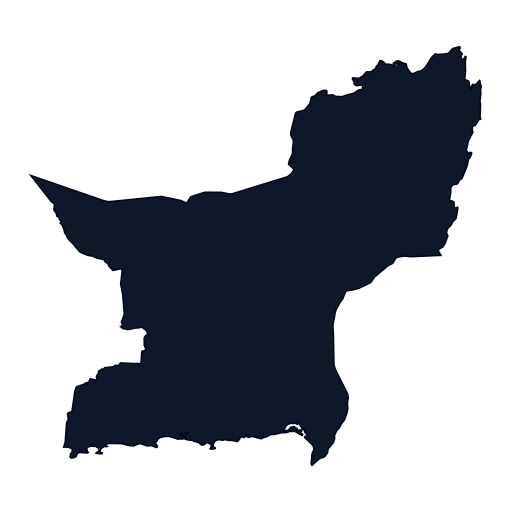 outline of Baluchistan
{"feature_id": "PAK-1108", "entity_name": "Baluchistan", "entity_type": "Province", "adm_level": 1, "iso_a3": "PAK", "parent_name": "Pakistan", "parent_adm1": "", "projection": "natural_earth1", "projection_center": [66.028, 28.477], "detail": "fine", "context": "isolated", "style": "filled", "palette": "ink", "viewbox_px": 512, "rotation_deg": 0, "n_neighbors": 0, "source": "natural_earth", "source_scale": "10m", "svg_char_len": 5955}
<svg xmlns="http://www.w3.org/2000/svg" viewBox="0 0 512 512"><path d="M420.0,71.3L423.0,69.5L425.8,66.5L431.7,57.3L435.3,53.8L437.6,54.5L446.5,53.8L448.9,52.8L452.5,48.6L458.7,46.8L460.0,47.0L460.1,48.1L459.4,50.0L459.4,50.8L462.3,53.6L461.0,56.7L461.2,57.9L462.1,59.0L463.0,59.2L464.0,58.5L465.2,56.4L466.0,56.5L465.3,62.2L465.6,70.2L464.8,78.7L465.5,79.8L468.4,80.8L469.1,82.2L470.2,89.5L471.0,89.9L471.1,87.6L472.5,84.4L473.7,85.0L474.5,84.4L476.0,84.4L479.4,80.4L480.0,81.0L480.3,83.9L481.3,86.2L480.6,90.0L480.8,93.9L480.0,101.2L480.6,104.5L480.1,116.1L480.7,119.1L479.0,119.8L475.1,125.5L473.2,125.9L472.5,127.2L472.2,130.1L472.9,131.6L472.8,132.5L468.5,140.6L466.3,150.2L466.4,150.9L467.5,151.7L467.8,154.1L469.9,152.3L471.5,152.6L471.7,153.7L470.2,157.3L468.4,159.5L467.3,165.4L462.6,177.2L461.7,178.7L459.6,180.2L457.9,183.2L456.9,184.1L453.9,184.6L452.2,185.4L450.8,187.7L450.8,192.1L449.5,200.0L450.0,200.7L452.3,201.0L453.8,201.9L454.1,202.6L454.1,206.6L455.5,208.5L457.0,207.3L457.7,207.3L457.8,209.1L456.2,217.9L455.7,219.0L453.1,221.4L450.8,225.5L447.6,228.7L447.1,229.8L446.5,233.4L447.9,235.7L445.1,243.4L442.7,247.1L439.1,249.1L438.4,250.1L438.5,251.2L441.0,255.4L411.7,256.7L403.4,256.1L396.8,257.4L395.4,258.8L392.7,263.4L388.0,265.7L374.4,277.2L370.8,282.5L359.2,288.2L353.0,289.9L347.5,290.7L345.6,291.8L342.8,298.8L339.4,303.5L336.2,309.6L335.3,312.3L332.9,325.4L333.4,333.1L333.9,362.4L334.2,365.3L335.2,369.1L347.7,394.0L348.3,397.7L347.5,402.9L347.8,408.6L347.1,412.4L344.7,419.6L340.7,425.0L339.4,427.9L337.3,429.7L334.5,435.3L334.7,438.5L333.3,442.7L328.2,448.9L327.6,452.5L325.0,456.4L323.0,457.5L319.9,458.3L312.2,465.2L312.2,464.8L311.1,464.1L312.0,453.9L313.8,449.6L313.8,448.3L312.9,445.4L304.6,437.5L304.9,436.4L306.1,436.7L306.7,435.6L306.5,434.0L304.7,432.2L303.8,428.6L302.9,429.2L302.5,428.4L301.9,428.7L301.2,426.8L299.2,424.0L296.8,424.3L296.1,423.6L296.2,422.4L294.4,423.4L292.7,423.6L290.5,423.2L289.6,423.9L287.9,424.3L286.1,425.8L284.7,428.9L283.3,430.0L282.6,431.2L288.3,430.2L289.7,428.6L290.6,428.3L290.5,427.2L294.3,426.6L295.1,427.6L296.9,428.4L298.5,430.8L300.1,429.9L301.1,430.1L301.9,430.8L300.2,432.4L302.2,433.8L302.8,434.7L302.2,435.6L295.4,431.7L293.1,431.2L291.5,431.6L290.2,431.3L285.7,432.8L281.3,432.8L274.3,434.5L271.1,434.5L266.6,436.8L264.6,437.2L261.1,438.8L252.1,436.4L248.9,437.5L248.0,437.2L248.6,436.0L245.8,436.4L243.6,437.6L242.0,436.7L240.7,437.2L238.5,440.7L237.0,441.6L232.3,440.5L228.5,440.4L225.6,439.8L224.1,439.7L222.7,440.4L220.1,439.7L217.0,440.0L214.6,441.5L213.3,444.0L213.0,445.5L213.3,446.8L215.3,447.7L215.3,448.4L212.6,449.2L210.0,448.8L211.3,446.5L211.3,445.5L210.5,444.2L208.3,443.1L206.0,442.8L204.7,444.5L202.2,445.2L201.1,444.8L198.4,442.4L193.8,441.4L192.7,440.4L189.8,440.3L185.4,439.3L186.1,436.4L184.9,435.3L184.9,434.0L186.0,433.6L187.7,433.9L188.2,433.7L188.4,432.8L187.1,432.4L183.6,433.1L183.1,432.6L179.7,434.8L180.7,434.4L181.4,435.7L182.6,434.6L183.2,434.6L184.7,437.6L183.8,438.8L180.2,439.1L179.4,438.8L178.1,439.3L171.4,437.0L168.1,436.4L164.8,436.5L160.1,437.6L158.4,438.8L156.3,441.9L155.8,442.3L155.1,442.0L155.7,443.7L157.4,446.0L157.1,447.2L156.5,447.6L152.2,445.9L150.6,445.6L147.2,446.0L140.9,443.8L139.3,443.6L133.6,446.0L129.4,445.6L121.1,443.6L109.3,443.5L106.9,443.8L106.3,445.0L106.4,445.8L107.4,446.4L106.5,446.8L105.2,446.4L103.8,446.8L101.4,448.4L100.3,449.8L100.1,451.6L100.7,452.3L102.4,452.9L102.1,453.8L97.7,453.6L96.0,453.1L97.7,451.6L98.9,451.3L99.1,450.6L98.1,448.1L96.0,446.5L90.7,446.1L87.5,447.4L86.5,449.4L87.2,450.1L87.4,451.4L88.3,452.6L87.3,453.0L80.2,452.5L77.8,452.9L76.1,456.7L73.4,457.8L71.6,458.1L70.4,457.6L70.0,456.7L70.7,454.8L70.4,454.0L71.9,452.1L72.3,450.4L73.1,448.8L73.1,447.9L72.3,448.0L71.5,448.8L68.8,447.2L63.6,447.1L65.2,442.2L66.5,423.1L67.0,421.7L68.0,420.5L68.2,418.5L67.4,414.0L68.5,412.5L71.3,412.0L72.0,411.0L74.9,390.8L76.1,387.4L77.2,386.4L83.1,384.6L85.8,382.9L88.8,382.2L90.2,378.7L96.0,380.1L97.1,379.5L96.3,376.2L98.7,372.9L98.4,371.3L101.5,369.2L103.5,369.1L104.6,367.7L113.2,366.7L115.4,365.2L116.8,365.7L118.3,365.3L119.4,364.6L120.3,363.1L120.8,362.9L136.1,363.6L137.5,363.3L139.6,364.0L140.7,362.9L141.2,360.6L141.7,352.1L142.0,351.2L144.8,350.4L145.5,349.7L145.7,348.6L144.3,345.6L144.1,338.3L145.6,335.4L146.5,335.0L148.4,335.3L146.1,330.3L141.6,327.1L138.4,328.0L135.7,328.0L127.8,329.7L124.8,328.6L123.4,329.0L120.6,326.6L121.8,326.2L122.3,324.7L122.2,323.1L121.3,321.9L123.9,315.7L124.2,313.3L122.6,293.8L120.6,284.1L122.1,271.5L121.9,269.4L120.9,268.8L113.0,270.5L109.0,266.3L107.7,263.4L105.6,262.3L104.1,260.1L102.8,259.4L96.5,258.0L92.5,256.1L87.7,255.4L80.2,252.2L75.7,247.3L73.7,244.5L68.8,239.7L67.4,237.9L66.1,234.6L64.7,233.0L64.1,230.0L62.1,225.0L60.1,223.0L61.0,221.8L61.1,220.8L59.8,220.0L58.7,217.3L56.8,216.2L56.3,213.4L54.2,210.6L53.8,209.4L54.5,205.1L54.0,203.6L51.3,201.7L30.7,175.4L103.9,200.7L108.8,201.7L161.3,196.4L180.6,200.4L186.1,202.9L187.4,202.3L190.3,197.2L191.9,196.3L204.9,192.2L221.4,192.3L229.4,193.9L231.7,193.9L287.4,176.7L291.2,173.8L293.5,170.2L294.3,169.6L288.8,164.5L288.5,163.7L289.3,160.6L292.4,153.9L292.6,152.8L292.5,149.3L293.4,141.6L293.0,139.2L291.5,136.9L290.7,134.5L290.8,132.0L295.5,113.2L296.8,112.0L304.3,110.1L309.7,103.9L311.3,97.3L312.5,96.5L314.3,96.2L318.1,92.6L323.1,90.4L325.9,90.3L326.6,90.7L326.9,91.5L327.0,92.8L326.4,94.0L326.9,94.8L329.5,95.2L332.3,94.7L336.0,96.4L342.3,96.6L346.5,95.0L353.6,93.3L358.8,89.8L362.3,89.3L362.8,88.2L362.5,85.7L360.8,85.1L356.8,85.7L354.9,84.8L354.2,83.9L353.9,81.6L352.3,78.9L352.9,77.8L359.0,78.4L363.0,75.8L365.9,72.4L367.2,71.7L369.3,71.9L371.8,71.5L373.1,70.0L375.6,68.6L376.3,66.4L377.8,64.9L380.0,60.6L380.9,60.6L383.2,61.6L385.5,64.0L390.3,64.3L397.1,66.4L399.6,64.8L399.1,64.3L394.3,64.0L393.5,63.6L393.3,63.1L396.3,61.2L398.5,60.7L402.9,63.0L406.2,63.9L407.0,67.8L410.5,72.7L411.8,73.6L413.7,73.4L418.3,71.2L420.0,71.3Z" fill="#0f172a" stroke="#020617" stroke-width="1.5"/></svg>